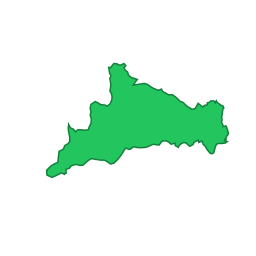 outline of Skoulli, Paphos, Cyprus, rotated 151°
{"feature_id": "46923920B79729634481944", "entity_name": "Skoulli", "entity_type": "district", "adm_level": 2, "iso_a3": "CYP", "parent_name": "Cyprus", "parent_adm1": "Paphos", "projection": "orthographic", "projection_center": [32.459, 34.975], "detail": "fine", "context": "isolated", "style": "filled", "palette": "green", "viewbox_px": 256, "rotation_deg": 151, "n_neighbors": 0, "source": "geoboundaries", "source_scale": "gbopen_adm2", "svg_char_len": 2418}
<svg xmlns="http://www.w3.org/2000/svg" viewBox="0 0 256 256"><g transform="rotate(151 128 128)"><path d="M204.1,118.4L202.2,121.9L198.8,121.2L196.1,122.4L193.8,122.0L191.0,121.3L188.4,118.7L186.4,117.8L185.3,117.3L178.4,118.9L174.7,118.9L172.1,116.7L169.3,114.6L167.6,113.2L164.6,111.6L163.3,110.0L162.1,107.8L160.7,104.9L157.5,104.1L152.2,105.5L147.6,107.4L144.0,109.3L141.5,110.9L139.3,111.4L137.9,109.1L136.4,108.3L134.3,108.6L132.8,109.0L131.4,108.2L129.1,106.2L126.8,104.8L123.1,103.0L120.6,102.2L116.4,101.8L114.0,101.6L113.5,101.3L111.0,99.4L109.1,98.0L104.4,100.0L101.0,98.3L99.4,96.3L98.5,93.6L98.1,92.9L94.2,91.9L95.2,89.8L93.4,86.7L91.6,87.9L89.5,88.4L86.7,88.4L84.7,87.1L83.6,83.9L82.8,82.0L79.1,82.0L77.3,83.4L74.1,83.4L72.4,83.2L73.1,81.0L69.6,80.8L70.2,77.2L69.3,74.5L69.3,70.8L68.4,66.0L66.9,64.7L65.0,64.8L62.9,66.9L61.2,68.7L59.8,70.0L58.0,70.9L56.1,70.5L53.9,69.2L51.7,68.3L50.3,67.7L47.8,68.0L50.0,70.0L48.7,71.2L47.8,70.3L47.1,71.8L45.3,73.2L43.7,73.7L42.7,74.7L42.5,75.8L42.0,77.1L41.9,78.6L41.4,80.4L41.4,82.5L42.5,82.6L44.2,83.2L43.6,84.5L43.5,86.4L43.2,88.4L41.9,89.2L40.9,92.0L38.6,94.7L37.2,96.8L35.7,98.6L34.4,99.1L34.4,100.4L34.3,101.3L35.3,102.4L36.0,103.8L36.3,104.3L36.9,105.6L37.6,106.6L37.6,109.0L39.5,107.7L39.5,109.4L40.2,110.4L41.6,111.0L42.7,111.6L44.1,111.1L45.4,111.1L46.3,111.6L47.5,109.9L50.5,110.7L52.4,109.9L54.7,115.6L59.9,112.4L63.0,113.4L66.0,118.9L67.6,124.0L69.4,125.8L71.2,131.7L73.1,135.7L76.3,137.3L80.1,143.3L79.8,145.8L83.2,146.2L85.8,149.4L87.7,152.2L89.9,156.8L92.3,159.2L102.6,162.9L99.0,164.8L96.3,165.9L100.3,170.2L101.6,172.7L101.9,174.5L101.2,177.2L102.5,180.2L102.0,182.9L99.7,183.5L100.3,186.4L101.1,186.4L104.5,186.7L106.9,189.8L109.2,191.3L113.8,189.3L115.5,190.4L117.5,184.9L117.6,181.8L119.9,180.2L121.6,175.2L123.4,172.2L125.9,169.1L125.9,166.1L126.8,162.9L128.7,160.4L131.5,158.0L135.4,157.1L136.7,158.9L140.6,161.8L142.1,164.6L143.9,167.1L148.9,166.6L149.4,166.0L151.7,163.4L152.4,160.3L154.9,157.5L155.5,154.1L158.0,150.1L162.0,147.3L163.6,145.7L166.6,146.9L170.7,149.7L172.6,150.8L175.7,150.1L176.3,153.3L178.3,156.1L178.2,159.9L180.1,157.2L180.5,156.6L181.8,153.4L183.4,148.2L185.6,144.3L188.6,143.3L191.8,143.3L194.6,141.0L196.9,140.8L199.5,141.1L206.1,131.9L207.9,132.2L213.2,132.3L219.5,130.6L221.7,126.1L218.4,121.7L215.0,121.3L208.1,121.0L206.0,118.3L205.5,118.9L204.1,118.4Z" fill="#22c55e" stroke="#15803d" stroke-width="1.5"/></g></svg>